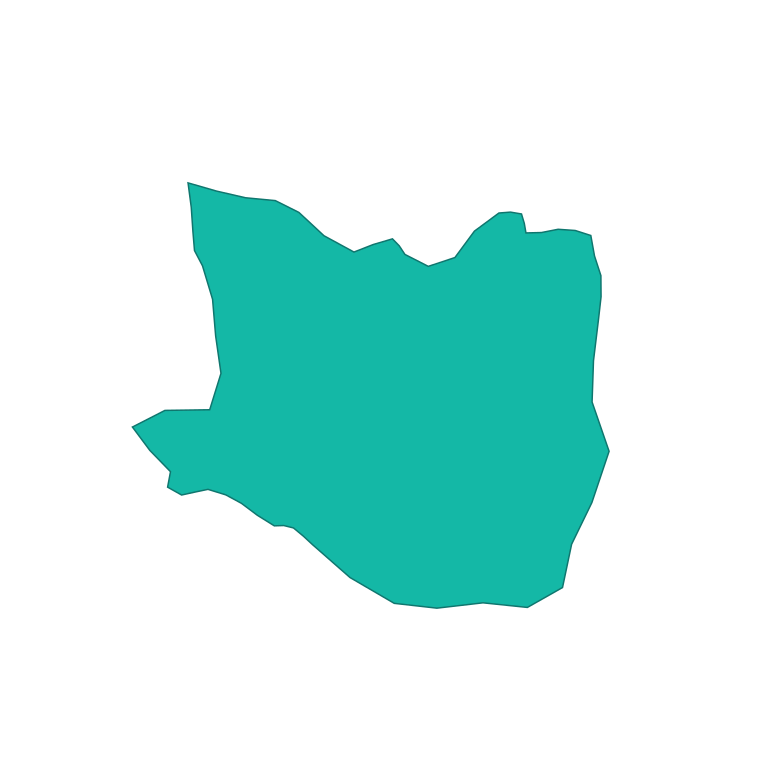 the border of İsmayıllı, rotated 67°
{"feature_id": "AZE-1705", "entity_name": "İsmayıllı", "entity_type": "District", "adm_level": 1, "iso_a3": "AZE", "parent_name": "Azerbaijan", "parent_adm1": "", "projection": "equal_earth", "projection_center": [48.077, 40.788], "detail": "fine", "context": "isolated", "style": "filled", "palette": "teal", "viewbox_px": 768, "rotation_deg": 67, "n_neighbors": 0, "source": "natural_earth", "source_scale": "10m", "svg_char_len": 926}
<svg xmlns="http://www.w3.org/2000/svg" viewBox="0 0 768 768"><g transform="rotate(67 384 384)"><path d="M381.3,614.8L353.6,625.5L325.3,632.4L322.7,596.0L339.6,554.5L310.5,529.9L274.0,520.2L239.0,508.7L204.3,504.9L187.1,506.3L169.5,500.5L146.1,492.4L122.3,485.8L140.9,462.9L158.4,438.8L172.7,412.4L192.8,395.3L224.1,381.3L250.8,360.1L251.4,339.4L253.7,319.5L262.7,316.0L272.9,314.1L293.0,297.3L295.3,269.3L278.6,241.0L271.5,211.4L275.2,200.4L281.2,191.0L291.0,192.1L300.4,194.3L306.1,179.9L309.6,163.3L317.4,148.0L328.1,135.6L348.4,140.2L369.0,142.0L388.5,150.1L407.8,161.0L444.5,182.1L481.9,199.5L533.9,203.1L574.4,239.0L604.8,273.9L641.1,299.2L645.7,339.3L624.1,378.4L611.0,422.9L589.9,460.3L548.9,490.9L504.1,512.5L492.5,517.7L481.1,523.6L475.1,531.6L471.7,540.4L455.5,551.8L438.1,561.9L424.2,573.0L412.2,587.2L409.5,600.9L407.1,613.7L394.4,623.5L381.3,614.8Z" fill="#14b8a6" stroke="#0f766e" stroke-width="1.5"/></g></svg>